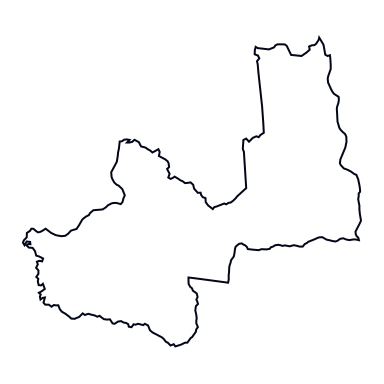 São Bento do Tocantins, Tocantins, Brazil
{"feature_id": "56859067B59328995641391", "entity_name": "São Bento do Tocantins", "entity_type": "district", "adm_level": 2, "iso_a3": "BRA", "parent_name": "Brazil", "parent_adm1": "Tocantins", "projection": "natural_earth1", "projection_center": [-47.96, -5.95], "detail": "fine", "context": "isolated", "style": "outline", "palette": "ink", "viewbox_px": 384, "rotation_deg": 0, "n_neighbors": 0, "source": "geoboundaries", "source_scale": "gbopen_adm2", "svg_char_len": 4432}
<svg xmlns="http://www.w3.org/2000/svg" viewBox="0 0 384 384"><path d="M175.3,346.4L177.4,345.8L181.1,344.6L185.0,342.7L187.3,342.7L189.2,340.1L190.6,338.1L192.2,337.0L194.2,334.1L195.9,331.7L196.2,329.5L197.9,327.1L196.3,323.3L196.3,320.9L196.7,318.2L196.2,314.3L195.3,310.4L195.9,306.1L198.0,304.0L197.3,301.6L196.4,299.7L197.6,297.0L196.7,293.4L192.9,290.7L192.0,288.3L190.2,286.8L188.7,284.1L188.5,281.3L188.5,277.5L195.9,278.4L220.1,281.6L228.1,282.7L228.7,279.7L228.7,274.8L229.0,272.6L229.2,268.0L229.5,265.8L230.5,262.9L231.1,260.2L233.8,256.5L234.5,253.0L235.0,248.9L235.7,246.6L239.1,243.8L241.8,243.4L243.4,244.6L245.1,245.3L246.7,246.7L247.9,249.1L250.7,249.4L253.2,249.7L255.8,249.9L258.7,250.2L261.3,249.2L264.2,249.3L266.6,249.4L269.6,248.9L271.0,247.2L273.0,246.6L275.3,245.2L278.6,244.8L280.4,245.2L282.5,245.9L285.0,245.4L289.7,246.3L293.7,245.2L296.0,245.6L299.7,246.6L302.7,246.6L304.8,244.0L306.6,243.2L308.3,241.8L311.5,240.5L314.1,239.5L317.8,237.8L319.6,237.3L322.3,237.2L326.5,239.6L329.7,240.3L332.0,240.9L335.2,241.5L337.3,240.9L340.2,238.8L343.3,238.3L346.2,239.5L349.3,240.1L351.8,239.7L353.7,239.4L355.9,239.5L358.9,240.2L358.3,237.7L356.6,236.1L355.7,234.1L355.5,231.6L359.4,224.1L361.0,220.7L359.9,214.2L359.4,209.4L359.4,205.6L358.7,202.0L358.2,199.3L358.7,196.0L358.7,193.4L360.1,191.8L360.0,189.3L359.6,186.2L358.9,182.7L358.2,179.3L356.4,174.9L354.3,174.0L351.0,171.6L347.6,169.8L343.8,168.4L340.7,165.0L339.9,163.1L340.4,159.4L345.3,147.6L346.5,141.8L346.3,136.7L345.1,134.0L342.7,132.0L340.6,129.8L339.3,127.7L337.5,121.5L337.1,113.3L336.8,109.0L337.1,106.8L338.4,102.9L338.9,99.4L338.6,96.8L334.2,94.0L332.7,92.2L331.2,89.5L328.1,82.6L327.7,78.7L328.2,76.2L330.7,69.1L330.7,64.4L330.3,58.2L329.9,55.2L327.6,56.0L325.3,54.7L323.5,44.8L321.1,40.7L319.2,37.6L318.7,39.8L316.2,43.7L314.5,45.1L311.9,45.3L309.1,46.5L309.7,49.7L306.4,52.6L301.5,56.0L291.1,54.9L286.7,45.8L284.7,44.4L277.7,44.3L275.5,45.3L274.0,47.4L268.9,49.4L257.7,48.1L255.7,46.9L254.8,50.3L254.7,54.3L258.0,55.6L259.3,58.4L257.0,61.2L257.7,64.2L258.4,72.5L262.1,106.4L263.3,123.2L263.8,132.8L260.3,135.1L258.7,137.2L256.3,136.3L252.8,137.9L249.0,141.7L246.2,138.6L243.4,140.0L242.8,149.0L243.9,151.8L246.2,188.1L237.0,196.5L235.8,198.1L233.2,200.7L230.6,202.6L228.6,202.8L226.2,204.3L224.2,203.5L216.3,206.6L214.3,207.1L212.8,209.1L208.1,205.4L205.7,202.1L205.5,198.1L202.8,197.2L201.1,194.9L200.6,192.7L197.8,192.8L194.1,188.7L193.2,184.8L190.6,182.4L187.5,182.9L185.0,183.1L182.7,181.3L180.2,180.2L178.3,178.8L174.6,176.6L172.7,178.0L170.6,178.9L168.3,177.5L169.6,173.8L167.1,169.0L169.1,167.1L168.6,163.3L167.7,161.4L165.3,159.4L158.9,156.0L159.7,152.0L158.4,149.2L155.4,150.9L152.4,152.5L150.3,150.6L147.4,149.0L145.6,147.6L141.0,146.4L138.9,142.2L134.5,139.8L132.3,141.8L129.6,142.5L127.1,142.5L129.5,139.9L126.7,139.4L124.1,139.7L121.9,141.3L119.7,141.5L118.9,148.7L118.1,152.3L117.7,156.4L116.8,161.8L111.2,172.3L111.6,177.1L112.4,179.1L114.2,182.4L116.6,184.7L118.6,185.6L122.3,189.1L124.8,195.3L123.4,198.5L122.5,202.1L120.7,204.1L116.3,202.9L113.3,203.0L111.3,203.5L107.8,205.4L105.8,207.4L102.9,209.3L101.0,209.6L93.4,210.2L90.0,213.1L88.9,215.1L86.1,216.5L83.8,218.2L82.2,219.7L79.0,225.3L76.5,229.0L74.3,229.6L71.0,230.6L68.2,233.7L65.2,235.8L61.5,236.2L55.9,235.2L51.1,232.9L45.6,228.7L42.2,230.9L39.7,232.1L37.8,232.3L35.5,230.6L33.4,228.8L31.4,228.7L30.0,230.9L26.9,232.9L26.7,237.4L23.8,240.4L23.0,242.7L24.5,245.2L26.7,241.5L30.1,241.9L30.4,244.2L28.3,244.0L26.6,245.4L28.9,247.6L32.6,247.9L35.0,251.1L36.2,255.6L39.2,256.5L43.1,258.5L42.1,261.4L39.4,260.8L36.9,261.7L37.8,264.4L36.1,267.8L38.4,270.4L38.4,273.9L36.3,276.9L38.3,278.8L37.8,281.4L38.7,285.1L41.2,285.4L42.9,283.8L44.8,288.9L41.5,291.4L38.9,292.8L40.7,294.5L39.9,296.7L40.5,299.5L42.6,297.9L44.9,297.5L43.5,302.7L45.3,304.7L48.8,304.7L51.6,306.7L53.9,305.0L55.8,305.4L58.3,305.3L59.9,309.4L62.0,311.8L65.3,313.7L69.2,316.6L71.3,318.6L74.7,318.8L76.5,318.0L79.2,316.9L82.7,313.4L84.9,315.0L88.2,313.8L91.9,314.8L94.6,315.4L97.3,316.7L99.6,315.8L101.2,317.2L104.0,319.2L107.6,319.6L109.9,319.3L112.6,323.4L114.6,323.8L117.9,321.6L121.1,321.1L123.5,322.5L126.2,323.0L128.2,324.2L128.8,326.7L131.5,327.2L133.6,324.3L135.4,324.7L138.1,323.8L140.5,324.4L143.2,325.1L144.9,323.8L148.1,325.5L149.9,330.2L152.6,332.5L162.0,337.4L163.9,339.1L165.8,341.7L167.9,342.8L170.5,345.5L173.7,344.2L175.3,346.4Z" fill="none" stroke="#020617" stroke-width="2"/></svg>